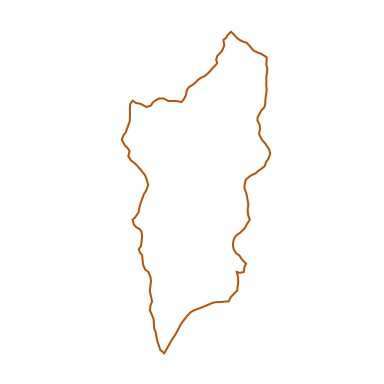 outline of Estrela d'Oeste, São Paulo, Brazil, rotated 185°
{"feature_id": "56859067B30930108475586", "entity_name": "Estrela d'Oeste", "entity_type": "district", "adm_level": 2, "iso_a3": "BRA", "parent_name": "Brazil", "parent_adm1": "São Paulo", "projection": "mercator", "projection_center": [-50.414, -20.258], "detail": "fine", "context": "isolated", "style": "outline", "palette": "amber", "viewbox_px": 384, "rotation_deg": 185, "n_neighbors": 0, "source": "geoboundaries", "source_scale": "gbopen_adm2", "svg_char_len": 2349}
<svg xmlns="http://www.w3.org/2000/svg" viewBox="0 0 384 384"><g transform="rotate(185 192 192)"><path d="M209.8,31.9L205.6,28.9L202.5,35.7L200.3,40.7L198.4,44.5L196.7,47.4L195.2,50.5L193.6,54.3L191.8,58.9L190.2,61.7L188.6,64.2L186.3,67.9L182.9,72.1L179.5,74.4L169.1,79.4L165.7,81.3L161.8,83.4L158.4,84.4L154.2,84.8L149.9,85.7L145.9,86.2L144.3,90.5L141.4,94.2L138.3,97.8L138.4,101.8L138.0,105.0L138.6,110.7L140.4,116.2L137.3,115.6L133.4,116.9L133.2,121.8L131.9,125.4L134.4,127.4L137.3,130.1L139.2,132.9L142.3,134.5L145.5,138.4L146.6,142.5L146.5,147.0L145.6,150.2L143.7,153.0L140.4,155.7L138.1,158.3L135.9,161.2L134.4,165.0L132.0,169.4L134.1,174.0L135.0,179.2L134.8,184.4L136.6,191.7L138.3,196.7L139.8,199.4L140.3,203.0L139.5,209.0L135.3,213.2L130.3,216.1L127.9,218.7L125.1,221.1L121.8,224.1L120.8,228.3L119.2,231.0L118.0,234.3L117.5,237.5L118.9,241.2L121.4,244.4L123.3,246.7L126.9,250.1L130.2,255.4L129.8,260.9L130.5,264.9L133.1,269.1L133.1,272.2L131.9,275.0L130.2,279.1L127.4,282.6L126.7,285.7L126.9,289.0L126.8,294.0L126.5,300.0L127.4,305.2L127.5,309.0L128.0,312.8L127.8,316.1L127.7,321.3L129.1,325.4L129.1,329.6L129.4,332.8L134.9,335.6L139.0,336.7L143.2,338.4L146.4,341.6L150.4,345.4L154.2,346.2L157.8,347.6L161.0,349.7L163.4,352.0L167.1,355.1L169.8,351.9L171.8,348.2L174.0,346.2L172.6,340.8L174.4,335.1L176.8,332.1L178.7,329.6L179.5,325.9L178.1,322.7L179.8,320.1L182.2,317.4L184.6,313.9L186.7,311.3L189.5,308.6L193.4,306.3L196.1,304.0L197.9,301.5L200.3,299.1L204.1,296.3L206.1,293.0L206.4,288.3L208.1,283.9L210.3,280.7L214.7,281.2L219.2,281.1L223.4,280.5L228.1,282.6L232.6,282.4L235.8,280.5L238.9,277.8L240.4,274.5L244.8,272.7L251.0,275.4L255.4,275.7L259.0,277.9L261.2,274.4L261.2,269.7L260.6,264.9L260.2,257.1L263.2,245.6L265.3,242.4L266.5,237.9L262.7,232.3L259.7,229.9L257.7,227.3L258.6,222.3L255.7,218.3L250.7,215.0L245.9,210.5L240.3,204.7L237.8,199.4L236.2,195.1L237.9,189.2L239.6,186.0L241.4,179.7L242.6,174.8L243.2,170.2L243.5,167.0L246.4,161.8L248.7,159.3L247.1,154.5L244.0,151.7L241.2,150.7L239.0,148.5L237.9,144.0L237.9,137.1L238.2,133.4L240.1,130.4L238.4,126.9L236.2,124.8L234.9,117.6L234.0,114.5L232.0,110.8L228.4,108.5L225.8,103.3L225.1,99.7L225.4,89.7L222.2,79.4L223.4,75.8L223.7,70.6L221.5,66.6L219.1,61.7L218.4,57.0L217.8,52.9L215.8,48.8L214.8,44.5L213.3,39.9L209.8,31.9Z" fill="none" stroke="#b45309" stroke-width="2"/></g></svg>